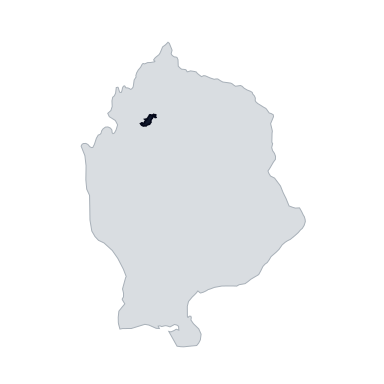 Zavoi, Caras-Severin, Romania shown in context, rotated 79°
{"feature_id": "2599482B12025753001267", "entity_name": "Zavoi", "entity_type": "district", "adm_level": 2, "iso_a3": "ROU", "parent_name": "Romania", "parent_adm1": "Caras-Severin", "projection": "orthographic", "projection_center": [22.559, 45.382], "detail": "fine", "context": "in_parent", "style": "filled", "palette": "ink", "viewbox_px": 384, "rotation_deg": 79, "n_neighbors": 0, "source": "geoboundaries", "source_scale": "gbopen_adm2", "svg_char_len": 6376}
<svg xmlns="http://www.w3.org/2000/svg" viewBox="0 0 384 384"><g transform="rotate(79 192 192)"><path d="M295.1,211.8L298.8,216.3L303.3,218.4L313.4,220.3L314.3,220.0L314.3,219.5L313.6,218.8L313.4,218.0L313.8,216.8L315.2,216.7L317.5,217.5L321.6,215.7L327.6,211.5L333.3,210.2L338.7,212.0L341.6,214.3L343.6,216.7L343.3,219.7L343.1,221.7L342.4,229.6L341.7,232.6L340.5,236.1L324.4,241.4L325.3,239.4L324.6,236.1L323.7,233.7L325.1,231.3L321.3,230.8L319.8,232.2L318.7,234.4L320.2,239.3L318.6,242.2L318.1,243.8L318.3,247.4L317.3,249.0L317.2,250.8L319.8,250.1L318.9,253.3L314.4,259.7L312.9,263.5L314.4,277.6L312.8,286.3L312.8,288.9L307.5,289.3L305.9,289.2L300.8,288.3L295.0,286.5L291.4,282.3L289.0,279.3L284.3,281.0L283.4,280.7L282.0,279.3L278.3,278.5L273.9,278.7L263.6,273.6L262.4,272.7L254.6,274.1L243.0,277.5L234.2,281.4L225.2,288.1L221.6,293.0L217.3,295.7L211.2,297.8L200.0,297.5L188.3,295.4L175.8,293.2L169.1,294.8L159.9,293.9L146.1,291.0L135.9,290.2L125.8,292.1L124.1,290.7L123.7,289.1L124.1,286.9L125.5,285.1L128.0,283.7L129.2,282.3L129.4,280.9L126.6,278.7L121.0,275.6L118.7,273.6L118.2,273.2L118.0,271.4L116.9,270.0L114.7,269.0L113.0,267.2L111.8,264.6L112.1,262.1L113.8,259.8L115.9,258.8L118.6,259.1L119.7,258.4L119.2,256.8L116.6,254.7L111.9,252.2L107.2,253.6L102.3,258.8L98.7,259.7L96.6,256.1L92.8,254.0L87.3,253.2L83.9,251.8L82.7,249.8L80.3,248.1L75.0,246.4L75.0,244.8L75.8,244.4L77.7,244.3L80.2,244.0L80.7,243.1L80.7,242.3L78.7,241.2L76.7,240.4L75.7,239.7L75.0,238.9L74.9,238.1L75.5,237.5L76.3,237.5L77.1,237.0L77.6,235.1L78.7,233.5L79.5,232.9L79.4,231.8L78.7,230.7L77.6,229.7L76.0,229.1L71.0,227.4L68.5,225.0L67.0,224.9L64.5,223.6L62.0,221.5L59.7,218.6L57.3,216.7L56.7,216.0L56.6,215.2L57.1,214.5L57.1,213.6L56.5,210.8L57.0,207.8L57.0,205.1L57.0,203.8L56.5,203.4L56.1,203.8L55.5,204.3L54.9,204.4L53.1,202.4L50.9,198.2L49.4,196.8L46.5,194.8L44.0,193.2L42.3,189.7L40.4,187.0L41.7,185.9L49.0,184.5L52.3,186.1L53.8,185.6L55.3,184.4L56.1,183.4L56.3,182.4L57.0,181.1L59.5,180.5L65.9,181.5L68.5,179.7L69.5,178.7L70.1,176.5L70.8,174.7L73.1,173.8L73.1,172.2L72.8,170.4L74.2,166.5L75.0,164.9L76.3,164.3L77.9,163.1L80.6,160.6L80.0,158.3L80.6,156.6L83.4,152.6L85.6,148.7L85.6,146.8L86.0,145.1L87.9,143.2L89.9,140.8L92.5,133.2L93.5,131.9L95.2,130.5L96.5,129.1L96.7,124.1L97.8,122.6L100.1,121.0L102.4,118.4L104.3,115.4L105.7,113.9L107.6,113.6L109.6,112.4L111.9,111.9L114.1,112.5L115.5,112.2L117.6,110.7L122.9,105.0L123.7,103.9L124.8,103.1L129.1,101.2L130.2,99.2L131.7,97.5L133.6,97.6L139.9,101.8L146.7,101.5L147.9,101.6L148.3,101.7L149.2,102.1L158.2,104.1L159.6,103.8L159.9,103.6L163.6,105.3L166.8,105.0L169.8,103.7L172.9,103.2L175.9,103.9L178.1,106.3L184.0,111.5L185.8,113.4L188.4,113.0L191.3,111.9L194.1,108.3L203.0,104.0L209.9,102.7L216.5,100.9L224.2,99.4L226.3,96.0L227.5,93.7L228.1,89.5L232.2,88.1L236.1,87.1L237.5,86.5L240.4,86.2L242.7,86.4L246.2,88.3L248.8,90.7L249.9,92.7L252.1,95.4L254.5,99.4L257.3,104.6L258.0,107.3L259.1,110.1L261.1,113.6L264.8,117.4L265.3,118.1L267.1,120.8L270.5,126.7L273.2,129.1L275.6,131.6L276.8,134.2L278.6,136.6L282.6,139.6L285.8,142.3L288.8,150.7L290.8,154.5L292.1,157.4L292.0,163.5L292.9,166.0L291.8,170.9L290.0,180.6L289.9,188.2L290.6,192.2L290.9,194.9L291.6,196.5L292.5,199.9L292.8,202.9L292.0,203.8L290.7,204.6L290.3,205.3L291.6,206.6L293.3,209.0L295.1,211.8Z" fill="#d9dde1" stroke="#a8b0b8" stroke-width="1"/><path d="M118.0,227.0L118.0,226.8L118.0,226.7L118.1,226.3L118.1,226.2L117.7,225.8L117.8,225.7L118.0,225.7L118.1,225.4L118.1,225.2L118.3,224.9L118.4,224.7L118.3,224.3L118.2,224.2L118.3,224.0L118.4,223.8L118.4,223.7L118.5,223.7L118.4,223.7L118.2,223.7L118.2,223.8L118.0,223.7L117.9,223.6L117.8,223.4L117.7,223.2L117.6,222.9L117.4,222.6L117.5,222.5L117.4,222.4L117.5,222.3L117.5,222.2L117.3,222.1L117.2,221.9L117.3,221.6L117.3,221.4L117.5,221.2L117.4,220.7L117.2,220.4L116.9,220.2L116.7,220.1L116.4,219.7L116.2,219.6L116.0,219.3L116.0,219.2L115.9,219.0L115.6,219.0L115.3,219.0L115.1,218.9L114.8,218.8L114.7,218.8L114.4,218.9L114.1,218.9L113.9,218.8L113.7,218.7L113.5,218.3L113.4,218.2L112.9,218.1L112.7,217.9L112.7,217.7L112.4,217.5L112.3,217.4L112.2,217.3L112.3,217.2L112.2,216.9L111.9,216.8L111.7,216.7L111.4,216.7L111.2,216.7L111.0,216.4L110.9,216.3L110.9,216.2L110.7,216.3L110.7,216.2L110.6,215.9L110.4,215.7L110.5,215.6L110.5,215.4L110.8,215.3L110.7,215.1L110.8,215.0L110.9,214.9L111.0,214.8L111.1,214.7L111.3,214.6L111.4,214.4L111.5,214.3L111.5,214.2L111.4,214.2L111.5,214.1L111.5,213.9L111.8,213.9L111.8,213.7L112.0,213.5L112.0,213.4L112.0,213.2L111.9,213.0L111.7,213.1L111.4,213.3L111.1,213.4L111.1,213.6L110.9,213.7L110.7,213.4L110.4,213.4L110.2,213.2L109.9,213.0L109.7,213.0L109.4,212.8L109.2,213.1L109.0,213.4L108.9,213.7L109.0,213.8L108.9,214.0L108.8,214.4L108.8,214.6L108.7,214.7L108.6,214.8L108.8,214.9L108.8,215.0L108.7,215.2L108.6,215.3L108.7,215.5L108.8,215.6L109.0,215.7L109.1,215.9L109.2,216.0L109.2,216.3L109.1,216.5L108.9,216.6L109.0,216.8L109.1,217.1L108.9,217.4L108.8,217.5L108.6,217.5L108.4,217.6L108.3,217.8L108.2,218.2L108.2,218.3L108.1,218.6L108.2,218.8L108.3,218.8L108.3,219.0L108.5,219.3L108.8,219.4L108.9,219.5L109.0,219.4L109.4,219.3L109.5,219.3L109.6,219.5L109.6,219.8L109.7,220.0L109.8,220.1L109.9,220.3L109.9,220.5L110.0,220.6L110.4,220.8L110.5,221.0L110.9,221.2L110.9,221.3L111.0,221.4L111.1,221.5L111.2,221.8L111.3,222.1L111.6,222.3L111.7,222.2L111.7,222.3L111.8,222.3L111.9,222.2L112.1,222.2L112.1,222.3L112.2,222.5L112.3,222.7L112.2,223.1L112.4,223.2L112.3,223.3L112.2,223.2L112.0,222.9L111.9,222.8L111.9,223.0L111.8,223.3L111.7,223.3L111.6,223.6L111.6,223.9L111.6,224.0L111.6,224.3L111.7,224.2L111.9,224.1L112.0,224.0L112.1,223.9L112.1,224.0L112.2,223.9L112.4,223.7L112.6,223.7L112.7,223.8L112.8,223.9L113.0,223.9L113.0,224.0L113.3,224.0L113.4,224.3L113.5,224.4L113.5,224.5L113.7,224.8L113.8,224.9L113.9,225.0L114.0,225.1L114.2,225.3L114.5,225.4L114.9,225.2L115.0,225.1L115.2,225.3L115.2,225.5L115.3,226.0L115.4,226.4L115.4,226.5L115.2,226.7L115.2,226.8L115.2,227.0L114.9,227.3L114.7,227.6L114.5,227.8L114.5,228.1L114.5,228.3L114.7,228.5L114.8,228.7L114.9,228.9L114.9,229.1L115.0,229.3L115.0,229.5L115.3,229.4L115.6,229.2L115.9,229.2L116.0,229.2L116.3,229.0L116.5,228.8L116.6,228.7L116.8,228.7L116.9,228.4L116.8,228.2L116.7,228.1L116.8,228.1L117.0,228.0L117.4,228.0L117.5,227.8L117.6,227.7L117.7,227.4L117.8,227.4L118.0,227.2L118.0,227.0Z" fill="#0f172a" stroke="#020617" stroke-width="1.5"/></g></svg>